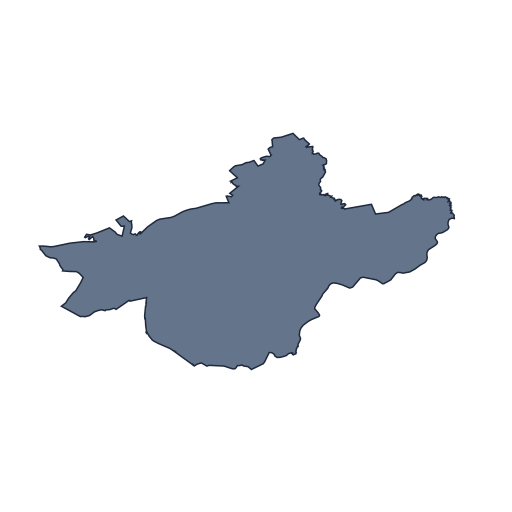 Drabešu pag., Amatas, Latvia (Robinson projection), rotated 161°
{"feature_id": "27541924B30563541245328", "entity_name": "Drabešu pag.", "entity_type": "district", "adm_level": 2, "iso_a3": "LVA", "parent_name": "Latvia", "parent_adm1": "Amatas", "projection": "robinson", "projection_center": [25.204, 57.242], "detail": "fine", "context": "isolated", "style": "filled", "palette": "slate", "viewbox_px": 512, "rotation_deg": 161, "n_neighbors": 0, "source": "geoboundaries", "source_scale": "gbopen_adm2", "svg_char_len": 6044}
<svg xmlns="http://www.w3.org/2000/svg" viewBox="0 0 512 512"><g transform="rotate(161 256 256)"><path d="M350.2,172.1L346.8,172.9L342.5,172.7L338.3,167.9L336.0,167.9L322.2,162.4L315.1,157.1L312.7,156.2L311.0,157.0L309.3,158.4L307.1,157.7L304.6,157.5L303.8,156.2L299.5,153.9L297.3,150.2L284.2,151.8L282.2,153.2L275.0,160.4L273.0,159.7L272.2,159.0L270.8,157.1L270.6,156.5L270.9,155.6L269.1,153.2L266.5,152.4L262.6,152.0L259.7,152.0L257.1,153.1L254.7,153.0L254.0,152.4L253.5,152.8L253.0,152.4L253.0,151.8L253.5,151.2L253.0,150.4L250.2,150.6L250.2,151.1L249.6,151.3L249.8,151.6L249.4,152.1L249.4,153.0L248.9,153.3L248.3,154.7L246.4,156.7L245.6,156.7L245.1,158.7L241.2,162.5L240.7,163.9L240.9,166.3L240.7,167.4L238.9,171.0L237.1,173.1L234.1,175.1L228.2,177.1L223.8,177.9L216.2,178.3L215.3,179.0L215.2,179.6L215.7,182.0L217.6,186.9L217.2,188.2L214.7,190.6L206.8,196.6L205.2,198.4L199.5,201.6L198.2,202.5L197.3,203.7L194.7,205.3L191.6,205.4L188.2,203.7L183.8,200.6L178.0,195.3L177.1,195.1L174.6,195.2L164.3,201.3L161.5,201.0L150.2,194.4L148.3,192.5L145.4,188.6L144.2,188.2L136.4,189.5L130.0,193.7L127.6,194.4L124.8,193.3L122.5,191.9L115.9,190.9L109.9,191.9L104.0,193.8L98.2,194.9L96.0,196.4L94.6,198.7L94.0,201.7L93.1,203.8L90.9,205.8L83.2,207.7L81.2,208.5L80.1,209.5L79.9,210.5L80.8,214.0L80.6,215.1L79.5,216.5L77.9,217.5L76.1,218.0L73.3,217.5L71.5,217.5L66.4,218.6L65.1,219.3L64.2,220.5L64.2,223.3L63.4,225.4L61.5,227.7L58.4,228.0L56.3,226.8L56.0,227.6L56.2,228.6L55.5,229.4L55.3,230.0L55.9,231.2L56.1,232.5L57.9,233.2L57.4,233.9L56.5,234.1L56.5,235.6L56.1,235.6L56.4,236.0L57.3,236.1L56.6,237.6L56.0,237.9L56.4,238.2L55.9,239.2L56.1,239.7L55.3,239.9L56.2,240.7L55.4,240.9L54.7,241.7L54.9,242.0L55.6,241.9L55.7,242.4L54.6,242.5L54.2,243.2L55.0,244.1L55.1,244.6L56.7,244.8L56.1,245.5L54.9,245.8L54.9,246.7L55.3,247.0L54.9,247.2L56.2,247.8L55.8,248.4L56.4,249.0L56.9,249.0L57.1,249.6L58.0,250.4L58.8,250.0L59.7,250.8L60.7,250.9L61.1,251.6L62.2,251.2L64.3,252.6L65.3,252.4L66.8,252.7L68.7,253.6L69.8,253.5L71.8,252.5L72.4,252.8L73.7,252.5L76.2,253.6L76.1,254.4L75.2,254.1L75.0,254.5L77.9,255.7L79.0,255.8L78.6,255.1L79.1,254.4L79.6,255.3L80.0,255.4L79.8,255.9L79.9,256.1L80.7,256.4L80.8,257.8L79.8,258.4L80.1,259.1L79.9,259.7L80.2,259.9L81.0,259.2L81.4,259.4L81.2,259.8L81.8,260.3L81.4,260.8L81.6,261.1L83.3,260.9L82.9,261.8L84.7,261.5L85.5,261.0L86.7,261.6L89.3,260.6L89.6,259.8L90.2,259.7L90.6,258.9L93.2,258.1L97.5,257.8L99.1,257.2L101.7,257.0L116.5,254.1L129.3,256.8L130.0,267.3L157.0,271.6L157.1,272.3L159.5,273.2L159.7,273.5L159.1,274.2L157.3,274.0L154.5,275.2L155.1,276.7L157.0,277.0L158.4,276.9L158.9,277.5L156.8,280.5L157.3,281.7L158.7,282.5L160.6,282.8L161.3,282.4L162.2,283.0L162.7,282.1L163.2,282.2L163.7,284.4L163.1,285.0L164.9,286.2L165.1,286.7L166.2,287.2L165.1,287.9L166.0,288.1L166.5,289.0L168.7,290.3L168.0,290.7L167.9,291.4L169.0,290.9L169.2,291.3L168.9,291.9L169.4,291.9L170.6,291.4L170.5,290.8L170.8,290.5L171.5,290.9L172.0,291.6L171.9,292.0L174.6,292.5L174.9,292.9L174.7,293.1L175.7,293.3L175.6,294.2L174.9,294.4L174.8,295.1L174.2,295.1L172.9,295.9L172.7,296.4L172.7,296.9L173.5,297.7L172.6,299.5L173.5,302.5L173.3,303.4L172.4,304.4L170.8,305.4L170.5,307.0L169.8,308.0L167.2,308.9L163.1,312.6L162.7,313.6L163.2,314.4L162.6,315.2L163.5,315.4L163.2,316.0L163.6,316.5L162.8,317.0L163.2,317.6L162.8,317.9L162.6,318.7L163.1,319.7L162.5,319.6L162.5,320.2L160.2,320.1L159.3,320.5L158.1,323.5L158.3,323.9L158.0,324.9L159.6,326.8L160.8,327.4L161.0,328.4L163.0,331.3L163.1,332.7L164.5,333.3L166.0,333.0L168.2,333.5L168.4,334.1L169.4,334.5L168.9,335.6L168.0,336.0L167.9,336.8L168.3,337.5L167.8,338.3L167.9,338.9L166.7,340.5L166.7,341.1L171.8,342.3L172.8,342.2L173.2,342.8L173.7,342.9L169.9,344.0L170.0,344.2L169.1,344.6L171.9,349.6L172.5,351.8L172.9,352.1L177.1,351.9L181.1,359.9L193.4,360.1L200.9,361.8L203.2,360.7L203.3,359.5L204.7,353.9L207.4,354.1L209.7,353.1L209.0,347.0L208.6,346.5L210.6,345.5L213.6,346.9L218.6,347.1L220.2,346.7L220.3,346.1L220.1,345.9L220.3,345.5L219.9,345.1L218.3,344.6L218.5,344.3L216.1,343.7L219.3,340.8L224.9,340.4L226.8,346.9L227.3,347.0L231.8,346.8L235.1,347.5L239.5,346.9L246.1,348.0L247.9,347.6L252.5,345.6L253.2,345.2L248.1,336.0L255.4,335.1L255.1,334.9L255.3,334.4L255.0,334.4L255.2,334.1L254.9,334.2L255.0,334.0L254.5,333.5L254.8,333.3L253.7,330.9L251.7,328.8L252.0,328.3L249.9,327.6L260.4,323.8L258.3,321.1L259.9,320.0L263.4,322.0L264.7,322.2L264.3,315.2L276.9,319.4L281.4,319.9L297.1,320.6L302.8,321.7L307.5,321.9L311.3,321.7L319.9,320.2L323.7,320.1L335.1,322.2L338.6,321.9L348.8,318.9L358.3,314.5L358.5,314.9L358.1,315.5L356.6,315.8L357.6,316.6L358.7,316.5L360.6,315.4L361.2,314.5L362.0,314.4L362.5,314.8L362.6,315.7L362.9,316.2L365.1,316.2L366.2,317.1L367.3,318.6L364.1,323.2L363.1,326.5L363.1,328.0L362.2,329.8L364.5,329.8L368.3,337.0L376.6,335.6L373.8,328.0L370.7,327.1L376.1,318.4L380.3,321.6L381.3,324.4L385.4,330.3L398.9,329.6L405.8,329.8L409.1,331.7L411.9,329.6L411.5,328.9L408.9,329.2L407.0,328.6L407.3,327.8L408.7,327.0L408.7,326.5L408.4,325.8L404.0,327.6L403.7,325.0L404.2,324.0L403.9,323.1L401.7,321.6L404.5,322.3L404.6,322.1L414.3,325.7L427.6,328.7L444.3,330.8L447.2,331.6L453.3,334.4L457.6,335.9L457.4,333.8L457.8,332.5L456.9,331.2L454.6,324.6L451.2,321.3L448.2,320.1L445.8,318.2L444.4,312.6L444.5,311.0L444.2,309.4L443.0,306.1L443.2,305.3L443.7,304.9L437.4,302.1L430.9,299.7L428.7,297.1L426.4,292.0L430.8,287.6L437.8,281.7L440.4,281.0L446.9,277.1L451.2,273.6L456.4,271.9L441.8,255.9L439.1,255.2L437.8,254.3L432.9,253.9L426.3,256.0L425.8,255.7L424.0,255.9L419.7,255.5L416.4,253.4L415.6,253.9L411.7,252.9L407.6,252.9L406.6,252.3L405.7,251.1L390.3,255.4L389.9,254.3L373.0,252.3L375.3,247.5L374.9,247.4L376.7,244.1L376.9,244.2L380.7,235.9L381.5,233.0L381.0,233.0L383.1,225.5L384.0,220.6L383.9,219.8L384.8,219.8L384.6,218.3L383.9,218.3L383.0,215.3L383.2,215.2L381.4,210.3L380.4,208.9L376.8,205.1L367.5,196.6L364.6,192.8L364.2,193.0L363.2,191.5L363.6,191.4L356.7,181.5L351.9,174.7L351.5,174.8L350.8,173.9L351.3,173.7L350.2,172.1Z" fill="#64748b" stroke="#1e293b" stroke-width="1.5"/></g></svg>